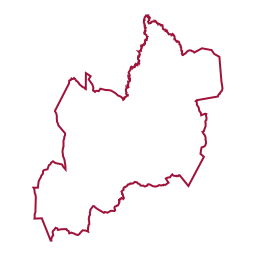 the district of Juaboso, Western, Ghana
{"feature_id": "2480657B56579001772859", "entity_name": "Juaboso", "entity_type": "district", "adm_level": 2, "iso_a3": "GHA", "parent_name": "Ghana", "parent_adm1": "Western", "projection": "equal_earth", "projection_center": [-2.893, 6.431], "detail": "fine", "context": "isolated", "style": "outline", "palette": "rose", "viewbox_px": 256, "rotation_deg": 0, "n_neighbors": 0, "source": "geoboundaries", "source_scale": "gbopen_adm2", "svg_char_len": 5716}
<svg xmlns="http://www.w3.org/2000/svg" viewBox="0 0 256 256"><path d="M88.1,231.6L87.8,230.5L88.2,229.0L87.9,227.6L88.4,226.9L88.4,225.2L89.3,224.2L89.1,220.7L88.7,219.0L89.2,217.2L89.1,216.5L90.1,214.6L89.8,212.3L90.4,210.9L90.3,209.8L93.1,206.1L94.3,206.3L95.1,207.3L97.1,208.8L103.9,212.8L104.8,212.0L107.4,212.7L110.8,210.8L114.4,211.0L115.2,210.2L114.4,207.9L114.7,206.9L115.0,206.5L116.5,206.1L117.0,205.5L118.0,205.4L119.2,202.9L119.0,202.6L119.5,201.9L118.9,200.7L119.0,199.8L120.3,199.5L120.2,198.9L120.9,198.7L121.4,198.0L122.1,198.5L123.0,198.4L123.3,197.9L123.5,198.7L123.8,198.4L123.9,197.9L123.0,196.0L122.9,194.7L122.7,194.2L122.1,194.1L122.1,193.1L121.5,191.5L122.2,190.7L123.6,189.8L123.4,188.4L124.3,187.2L125.2,187.2L125.5,186.7L125.9,186.7L127.4,185.6L127.6,184.8L128.2,184.3L129.6,184.3L130.1,183.5L130.8,183.4L131.0,183.7L133.2,183.4L134.7,181.9L136.9,182.3L137.8,183.4L139.6,184.2L140.4,185.3L141.2,185.7L143.3,185.6L144.8,186.5L146.8,185.9L147.4,185.4L147.5,184.6L148.5,184.2L150.0,184.6L152.9,186.2L155.8,186.6L157.9,185.9L159.0,185.1L161.2,185.5L162.2,185.1L163.2,185.3L163.6,184.8L165.3,184.9L168.5,182.7L165.8,178.6L166.5,178.0L168.2,177.5L170.0,177.3L171.2,175.5L172.3,174.4L173.3,175.6L176.5,176.2L176.9,175.8L177.9,176.2L178.6,175.8L179.0,175.2L179.7,175.3L188.4,186.0L203.9,156.8L200.5,153.9L201.1,149.6L201.6,147.4L204.4,146.4L205.2,145.5L206.1,143.0L205.8,140.4L205.5,139.6L205.6,137.4L204.7,135.1L203.8,134.2L202.6,132.0L203.1,131.9L203.7,130.9L204.1,130.8L204.2,129.7L205.5,126.5L205.7,123.7L205.3,122.0L205.7,120.5L206.4,120.0L206.5,117.7L205.9,115.3L206.3,114.0L205.0,113.7L201.2,115.3L200.8,112.7L199.5,111.3L199.2,110.5L198.7,107.6L196.9,104.9L196.7,101.6L195.8,101.1L196.8,100.2L217.9,96.5L218.2,95.3L218.9,94.2L219.8,93.8L219.7,93.3L222.0,90.5L222.5,88.3L221.4,81.1L219.4,56.8L214.3,54.0L211.6,50.1L202.0,48.3L194.3,52.5L193.4,51.5L192.0,51.2L191.5,50.6L189.8,50.3L188.7,50.6L187.3,51.3L185.4,53.5L184.3,53.9L183.1,55.1L182.4,54.9L181.8,53.4L182.1,52.3L182.1,51.0L181.3,50.7L181.2,47.6L180.9,46.8L180.6,46.8L180.6,45.3L179.4,44.4L179.5,43.2L178.9,41.9L178.2,41.5L177.1,42.0L176.8,41.7L176.7,40.9L175.9,40.8L175.0,39.2L174.5,39.2L174.7,38.5L174.5,38.4L174.6,36.9L174.1,35.6L173.5,35.3L173.4,34.6L172.7,34.1L172.3,35.1L171.7,35.3L171.8,34.3L171.0,34.6L170.3,34.2L168.8,34.3L167.6,32.2L166.9,31.7L166.9,31.2L166.6,31.4L166.3,30.9L165.6,31.0L165.8,29.9L165.6,29.6L163.7,29.6L163.2,29.2L162.8,27.9L162.5,25.2L161.7,25.0L161.5,25.5L160.6,25.4L160.5,24.8L159.6,24.0L158.7,23.9L158.2,24.3L158.0,23.4L156.9,23.1L156.6,22.2L155.9,21.9L155.5,21.0L154.5,21.5L154.2,21.1L154.1,21.4L152.0,21.6L151.1,22.7L150.8,22.5L150.3,23.2L148.8,23.4L148.0,21.6L149.1,20.3L148.8,19.0L149.3,18.6L149.5,18.8L149.9,17.6L149.1,16.8L148.2,17.0L148.2,16.0L147.7,16.4L147.6,15.4L147.0,15.4L146.0,16.1L145.8,15.9L145.5,16.6L144.9,17.0L144.5,18.1L144.5,19.2L144.0,19.5L144.0,20.4L144.3,20.5L144.0,20.9L143.8,22.2L143.9,22.8L144.4,23.3L144.4,24.4L145.0,25.3L144.6,25.9L144.9,26.1L144.9,27.3L145.2,27.5L144.8,27.6L144.8,27.9L145.4,28.6L145.3,30.2L145.5,30.7L144.9,30.8L145.0,31.7L144.2,32.4L144.3,33.1L144.7,32.9L144.4,33.2L144.6,33.6L144.9,33.4L144.9,34.0L146.2,34.8L146.9,36.7L147.4,36.8L146.9,37.7L147.1,38.3L146.6,38.7L146.8,39.9L145.7,40.3L145.7,39.7L145.3,39.8L144.9,40.9L145.0,41.8L144.7,41.7L145.1,42.0L145.0,43.6L144.4,43.4L143.7,44.5L143.3,43.9L143.6,44.9L143.0,44.8L142.5,45.9L141.9,46.5L141.2,45.6L141.0,46.0L141.3,46.4L141.2,46.9L141.8,47.7L141.3,48.9L141.1,48.2L141.0,50.0L140.7,50.2L140.9,50.8L139.9,50.8L139.2,51.3L139.1,52.0L138.8,51.9L139.5,52.7L139.6,54.2L139.8,54.4L139.3,55.0L139.6,55.4L139.1,56.8L138.4,57.1L138.1,56.8L138.0,57.2L138.4,57.6L138.0,58.0L138.1,59.4L139.0,60.2L139.0,60.9L139.3,61.0L139.0,61.7L138.7,61.5L138.5,61.8L139.1,63.0L138.3,63.2L138.4,63.5L137.9,63.2L137.3,63.8L137.2,64.8L136.8,64.6L137.1,65.2L136.3,65.1L136.1,64.6L135.1,64.6L134.7,65.3L134.6,65.9L135.0,66.6L134.7,67.1L133.4,67.1L132.6,68.0L132.4,67.4L131.6,66.8L131.2,67.5L130.9,67.3L130.5,68.5L130.7,69.6L130.0,70.1L129.6,71.1L128.9,71.9L128.6,72.7L129.7,75.0L129.5,76.2L129.0,75.8L128.7,75.9L128.7,76.2L128.3,76.0L128.4,77.2L129.1,79.2L129.6,79.2L129.7,79.9L130.0,79.6L130.0,80.3L129.8,81.2L129.0,81.7L128.1,81.6L128.4,84.0L127.5,84.9L128.2,85.8L128.1,86.2L128.5,87.2L127.8,87.6L127.5,87.2L127.0,87.4L126.5,87.0L126.6,87.9L125.8,89.7L126.1,91.9L126.6,92.6L126.1,93.8L126.9,94.8L127.8,94.9L127.8,95.6L127.1,95.7L125.4,97.1L124.7,97.2L124.7,97.7L124.1,97.9L124.3,98.9L123.2,99.8L122.7,98.5L121.1,96.8L118.0,95.5L115.5,93.2L111.2,90.6L108.5,90.1L105.5,90.0L100.4,88.7L98.7,91.2L96.7,90.8L95.9,91.0L95.0,91.9L94.4,91.2L93.3,90.8L93.0,90.4L93.4,87.8L92.4,84.6L88.7,79.4L90.6,76.2L85.9,73.1L85.8,89.1L85.1,88.7L84.4,87.7L82.8,87.1L79.4,84.3L78.9,83.2L77.8,82.2L77.4,81.4L76.3,80.9L74.9,78.8L74.0,78.0L73.0,79.0L72.0,79.1L71.4,78.6L70.7,80.1L69.6,80.3L69.1,80.9L69.2,82.4L68.9,83.7L54.9,111.0L56.4,113.8L56.9,116.6L56.7,117.9L57.1,121.8L58.2,124.2L58.3,125.3L65.1,133.3L65.1,135.1L64.3,136.8L64.2,138.6L63.5,140.4L63.5,146.8L63.0,147.9L62.5,151.5L63.1,156.2L64.4,159.6L65.4,165.6L65.5,169.4L63.3,166.8L61.9,164.4L55.3,163.0L53.0,161.3L51.1,162.7L50.3,164.3L48.9,165.2L47.5,169.3L44.2,170.0L43.1,171.0L42.9,173.6L41.2,175.9L40.8,177.4L39.8,178.9L38.6,181.6L37.9,187.7L33.5,187.7L34.3,189.1L34.8,193.3L35.4,194.3L35.8,197.1L35.4,212.2L34.6,214.5L34.7,217.5L34.5,218.6L41.8,218.3L50.7,240.6L51.4,240.6L51.3,239.0L51.9,237.2L52.6,235.9L53.2,235.5L52.6,232.0L52.9,231.2L54.6,229.3L55.6,227.8L57.3,228.4L57.8,229.9L61.8,229.2L66.5,229.1L66.9,230.2L68.6,231.0L69.3,233.4L71.2,232.6L74.8,233.8L75.3,234.3L77.8,235.0L79.3,234.2L80.4,232.6L82.7,230.3L86.2,230.7L88.1,231.6Z" fill="none" stroke="#9f1239" stroke-width="2"/></svg>